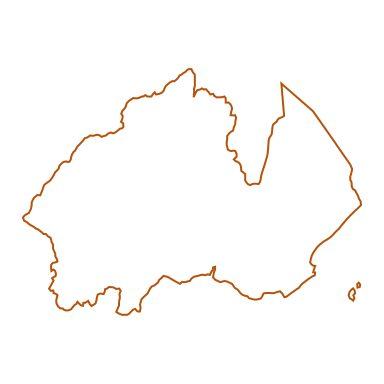 Macaé, Rio de Janeiro, Brazil
{"feature_id": "56859067B80859432547876", "entity_name": "Macaé", "entity_type": "district", "adm_level": 2, "iso_a3": "BRA", "parent_name": "Brazil", "parent_adm1": "Rio de Janeiro", "projection": "equal_earth", "projection_center": [-41.985, -22.283], "detail": "fine", "context": "isolated", "style": "outline", "palette": "amber", "viewbox_px": 384, "rotation_deg": 0, "n_neighbors": 0, "source": "geoboundaries", "source_scale": "gbopen_adm2", "svg_char_len": 5376}
<svg xmlns="http://www.w3.org/2000/svg" viewBox="0 0 384 384"><path d="M313.0,111.2L281.4,83.6L284.1,115.9L282.0,117.2L279.3,118.2L277.6,119.7L276.6,121.7L274.9,123.1L273.1,124.6L272.3,127.8L272.2,130.4L271.7,134.2L269.3,138.0L268.7,140.2L268.4,144.3L268.1,149.0L267.8,151.9L267.4,155.3L265.8,160.7L264.8,164.1L264.1,166.3L262.4,171.5L261.3,175.3L260.8,178.3L260.2,181.7L258.7,184.0L256.7,183.8L254.7,183.7L252.4,184.0L250.3,185.1L248.1,184.3L246.5,182.5L245.2,180.5L245.2,176.8L245.2,173.9L243.2,172.4L241.3,170.9L241.1,168.2L240.8,165.9L239.5,163.3L237.5,161.7L235.7,161.3L233.8,159.3L236.6,156.8L236.6,153.9L235.4,151.1L233.3,150.6L230.9,151.1L227.9,149.7L226.7,144.9L226.7,142.0L227.2,138.9L227.2,135.9L229.2,133.3L231.0,131.7L233.1,130.6L233.8,127.3L235.2,124.2L235.5,120.5L236.1,117.7L235.1,115.2L232.9,115.4L230.6,115.2L231.2,111.8L232.1,108.6L231.5,106.3L230.3,104.1L228.4,102.5L225.7,102.6L225.7,98.2L224.4,96.5L222.1,97.2L219.5,97.3L216.7,97.4L214.3,95.9L213.2,93.8L210.4,94.5L209.0,92.6L207.4,90.8L206.0,89.2L203.8,89.5L202.0,88.4L200.1,89.5L197.4,90.1L195.6,92.8L193.6,97.2L194.0,93.7L194.2,91.4L193.9,88.8L194.8,86.4L194.9,83.7L194.8,79.2L194.8,74.6L192.6,71.9L191.4,69.1L188.7,69.1L187.0,70.2L185.7,71.7L183.5,73.0L181.3,74.7L179.6,75.4L178.1,78.0L176.3,79.7L174.3,81.3L172.5,81.1L170.5,82.0L168.2,83.9L166.0,85.7L164.5,88.4L163.8,90.5L162.0,92.6L159.1,93.9L156.1,94.5L154.7,92.3L153.0,94.1L151.4,96.5L148.6,96.6L146.9,96.3L145.4,95.1L143.2,96.5L141.2,96.6L139.6,97.7L137.2,98.3L135.1,98.3L133.3,98.0L131.1,99.4L129.0,100.9L126.7,103.2L125.8,106.5L124.5,108.6L122.4,110.9L121.2,113.9L122.8,116.0L122.1,119.6L121.0,121.9L123.2,123.4L123.4,127.0L121.7,128.5L120.0,128.6L118.0,130.4L115.3,132.5L113.0,133.3L110.7,132.5L108.2,133.5L106.0,135.5L103.9,136.0L101.6,136.9L99.5,135.3L96.8,134.7L94.8,135.4L92.8,135.8L90.2,135.5L88.5,136.7L86.7,137.7L84.7,138.2L83.3,140.4L81.3,142.4L79.5,144.5L77.3,146.5L76.2,148.7L75.0,150.8L73.5,152.0L72.2,154.1L71.3,156.6L70.7,159.6L69.5,161.6L67.9,162.1L66.2,161.4L63.6,161.9L61.6,163.4L59.4,165.8L58.7,168.6L56.7,170.8L55.2,172.2L53.9,174.8L52.0,178.0L50.5,180.1L48.9,181.5L46.5,183.1L44.3,184.8L43.5,186.7L42.8,188.9L41.9,191.4L40.2,195.3L37.4,195.0L36.0,196.2L34.3,197.5L32.8,199.9L31.7,202.4L31.6,205.7L31.0,208.6L29.9,211.0L28.8,213.1L26.3,214.3L24.3,215.8L23.0,217.5L24.0,220.6L26.6,222.0L29.0,224.0L31.4,225.6L33.8,226.8L35.8,228.5L37.9,229.3L39.5,230.5L41.6,232.1L43.5,234.0L46.0,234.1L47.7,236.1L50.6,237.8L51.2,239.9L51.6,242.1L53.1,244.7L53.0,248.5L54.1,251.1L55.3,253.6L55.3,256.3L57.0,259.3L57.4,261.6L55.4,262.4L52.8,262.9L51.3,264.6L51.0,268.0L51.4,271.0L53.3,269.5L55.1,270.9L56.0,274.0L55.5,276.2L53.6,277.0L52.1,278.3L53.6,280.5L52.5,282.5L50.9,285.4L49.1,288.6L50.7,290.8L53.3,290.5L53.6,293.2L55.4,293.6L57.5,295.1L56.9,297.4L56.2,300.6L56.5,303.5L58.0,306.3L60.1,308.3L62.7,308.5L64.4,310.1L66.3,310.5L68.6,310.3L71.2,309.2L72.8,307.0L74.6,304.9L76.3,304.0L77.4,301.8L79.3,303.8L80.9,305.3L83.1,305.8L83.3,302.9L85.5,302.7L88.2,300.9L89.6,303.8L91.5,306.0L93.7,304.7L95.5,303.4L96.5,300.3L96.9,297.4L97.7,294.6L99.9,293.6L101.6,293.7L103.6,294.1L104.8,291.4L105.1,289.2L106.9,288.7L108.9,287.0L111.2,287.1L113.8,287.5L116.0,288.9L119.3,288.6L120.7,290.9L119.5,293.8L119.9,297.6L119.3,300.4L119.0,302.9L119.0,305.6L117.7,308.5L116.3,311.9L118.4,313.3L120.7,314.3L122.4,314.9L124.1,314.7L126.7,314.9L129.0,313.8L130.9,311.8L133.0,309.7L135.2,308.9L137.4,311.4L139.9,311.5L140.6,307.8L140.0,304.8L140.7,302.0L141.6,299.1L143.5,297.2L145.3,295.5L147.6,293.5L148.9,290.8L149.9,288.9L151.6,286.6L154.4,285.4L156.4,283.8L158.0,282.5L159.2,279.9L161.3,278.1L163.5,275.9L167.9,277.0L173.8,280.5L180.0,283.9L182.1,281.8L184.1,282.3L186.6,281.7L189.9,280.9L191.3,278.8L193.5,277.0L195.3,276.4L197.8,275.9L200.3,275.1L203.0,274.7L205.2,275.3L207.6,274.3L209.9,274.9L211.4,271.6L212.7,270.0L213.1,267.4L215.1,266.8L215.0,269.6L213.7,273.2L213.1,277.5L215.4,279.9L217.5,280.8L220.2,282.2L224.3,281.0L227.0,281.5L229.3,282.6L232.1,283.9L234.8,287.9L237.5,289.5L240.8,293.5L242.6,294.9L245.2,295.8L247.6,296.3L248.9,298.1L252.3,299.1L254.6,299.6L256.5,299.5L258.2,299.2L260.8,298.5L262.2,296.3L263.5,293.5L265.2,293.1L267.8,293.0L269.5,293.0L271.8,293.2L273.7,293.2L277.1,292.0L280.0,291.3L282.2,293.5L284.4,297.2L286.5,296.7L288.0,295.5L290.7,293.5L293.4,291.6L295.4,290.2L297.1,288.9L298.9,287.9L300.8,285.3L302.4,283.6L303.9,282.5L305.5,281.2L307.1,280.0L308.6,278.9L310.1,277.9L312.4,276.4L314.7,275.4L315.1,272.5L313.2,272.2L314.0,269.3L315.2,265.9L313.0,265.6L311.4,264.3L310.1,262.5L310.8,259.2L311.8,255.6L313.4,252.5L315.0,250.2L316.4,248.2L317.8,246.5L320.0,244.4L322.3,242.6L324.5,241.0L326.6,239.8L328.8,238.4L331.2,236.6L333.1,234.6L334.4,233.2L335.9,231.6L337.8,229.8L339.4,228.2L341.2,225.8L343.3,223.3L345.0,221.3L346.5,219.5L348.0,217.9L349.9,215.9L351.4,214.4L353.2,212.6L355.3,210.6L356.9,209.1L358.8,207.4L361.0,205.1L360.6,201.3L359.1,199.1L358.0,195.8L356.3,192.7L355.1,190.4L353.0,189.1L351.8,186.8L351.7,184.5L351.5,182.1L350.4,180.2L350.2,176.8L351.2,173.5L352.2,169.1L350.2,164.5L341.4,151.9L334.2,141.4L325.3,128.7L313.0,111.2ZM354.4,298.4L353.3,295.2L355.1,293.3L354.6,290.3L353.1,288.4L351.3,289.8L349.5,292.1L348.6,295.5L349.9,298.4L351.7,299.3L353.2,300.6L354.4,298.4ZM359.7,287.0L360.2,284.6L358.8,282.7L357.2,284.1L357.5,287.6L359.7,287.0Z" fill="none" stroke="#b45309" stroke-width="2"/></svg>